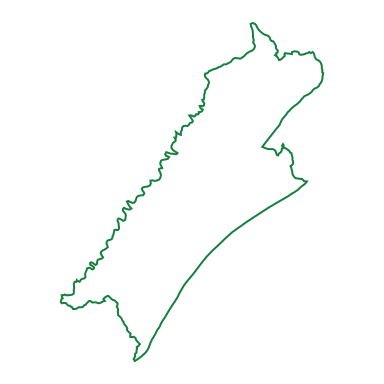 the district of Alto Paraguai, Mato Grosso, Brazil
{"feature_id": "56859067B7364247848985", "entity_name": "Alto Paraguai", "entity_type": "district", "adm_level": 2, "iso_a3": "BRA", "parent_name": "Brazil", "parent_adm1": "Mato Grosso", "projection": "albers", "projection_center": [-56.682, -14.768], "detail": "fine", "context": "isolated", "style": "outline", "palette": "green", "viewbox_px": 384, "rotation_deg": 0, "n_neighbors": 0, "source": "geoboundaries", "source_scale": "gbopen_adm2", "svg_char_len": 5928}
<svg xmlns="http://www.w3.org/2000/svg" viewBox="0 0 384 384"><path d="M283.4,147.4L281.8,148.7L281.7,150.5L280.9,152.1L280.0,152.9L278.8,153.6L278.2,155.4L277.0,155.1L276.1,152.9L275.7,151.3L274.6,150.0L272.9,149.1L271.4,149.1L269.3,149.1L267.6,148.9L265.5,148.2L262.3,146.9L264.3,144.2L276.3,128.9L278.6,126.2L279.5,125.1L280.9,121.8L282.0,119.6L283.0,118.3L285.7,115.2L287.8,112.1L289.4,110.8L290.8,109.1L292.2,107.8L294.3,106.0L297.0,104.2L298.3,102.9L300.0,101.5L301.1,99.8L302.3,98.6L304.1,96.4L305.4,95.7L307.7,94.7L309.3,93.8L311.5,92.0L312.9,90.0L314.4,88.7L315.7,88.2L317.2,87.4L318.9,86.0L319.7,84.2L320.6,83.1L321.9,80.8L322.5,78.1L322.5,76.2L323.0,74.5L323.2,73.1L322.1,72.0L322.5,70.2L321.8,68.3L321.8,66.7L321.6,64.8L320.6,62.5L319.1,60.8L318.0,60.2L316.2,59.4L314.8,57.0L314.0,53.7L312.6,52.0L310.9,53.1L309.2,52.0L308.0,53.1L306.1,53.4L304.4,54.2L301.4,54.8L299.4,54.4L298.5,52.2L297.1,51.6L295.0,51.3L293.7,51.5L292.0,52.1L291.9,54.1L290.6,53.8L286.5,53.4L285.1,53.1L284.4,54.2L284.8,56.0L283.3,57.1L281.8,58.7L280.7,59.6L279.0,60.1L278.3,58.3L276.9,56.5L275.1,55.2L276.4,54.5L276.2,53.2L277.5,52.5L277.9,50.8L276.4,49.0L275.9,47.8L275.9,45.7L274.5,43.2L273.2,41.3L271.5,41.0L270.4,39.7L269.8,37.8L269.1,36.7L268.0,35.8L264.3,34.5L262.9,33.6L261.4,32.4L258.8,30.0L257.3,27.6L256.4,25.5L255.0,24.0L252.6,23.0L250.7,23.9L250.9,25.9L252.6,30.1L253.0,34.3L253.0,37.4L253.5,38.8L253.7,40.7L253.1,42.4L254.9,45.4L254.8,47.0L254.0,48.8L252.5,50.3L250.7,51.3L249.4,51.7L246.6,53.5L244.0,56.3L242.7,57.1L241.5,58.1L239.9,58.7L238.3,58.3L234.9,58.0L233.4,58.8L232.1,60.1L230.9,61.8L226.2,64.3L224.0,64.3L222.7,65.1L220.8,66.5L218.8,67.1L217.3,68.0L215.3,68.8L213.9,69.1L212.1,69.8L210.6,70.7L209.2,70.9L208.4,72.2L206.8,73.5L205.3,73.5L204.8,74.7L205.1,76.7L206.5,78.5L207.7,79.4L208.5,80.8L209.0,82.3L208.7,83.8L208.0,84.9L207.8,86.8L206.6,88.7L204.9,90.7L204.9,92.7L204.2,94.4L204.2,96.2L204.2,98.0L203.9,99.5L202.3,99.8L202.7,101.4L203.9,102.6L204.3,103.9L204.0,105.4L202.4,106.3L201.1,105.8L199.7,105.9L200.2,107.4L201.2,108.8L202.8,109.6L202.0,111.3L200.5,112.0L198.7,112.1L198.9,113.4L198.1,114.4L196.2,114.2L194.9,116.3L193.4,116.4L192.3,115.7L190.6,115.3L189.3,115.5L190.5,117.1L192.8,120.8L192.3,122.4L189.9,123.0L188.7,125.1L187.4,126.1L185.3,125.7L183.5,126.0L182.2,127.5L181.9,130.1L180.8,132.0L180.9,134.8L179.5,134.5L177.9,133.5L176.0,132.1L176.4,133.6L176.2,137.5L174.5,137.6L175.8,140.1L175.1,141.4L173.0,142.9L171.5,145.8L171.5,147.9L172.8,149.9L174.3,151.1L175.5,151.7L177.5,153.1L176.5,154.2L174.8,154.2L173.0,153.6L171.3,153.8L169.3,153.2L166.3,152.2L165.2,154.1L166.1,155.9L167.5,156.2L169.1,157.0L167.9,158.8L166.6,159.2L163.8,159.7L162.3,159.9L160.9,160.9L160.3,162.9L160.4,164.5L161.3,165.9L162.1,168.1L160.3,168.4L159.0,169.0L159.1,170.6L160.2,172.3L160.7,173.8L160.9,175.1L160.6,176.7L160.1,178.3L159.3,179.4L157.8,180.2L156.4,180.6L154.5,180.9L152.4,180.4L150.4,180.6L150.8,183.5L150.1,185.2L148.9,186.0L147.7,186.5L144.7,186.9L143.0,187.4L141.8,188.5L142.5,190.7L143.5,191.7L144.3,193.4L143.2,195.2L139.9,195.5L138.1,196.0L136.9,197.0L136.2,198.7L135.6,200.9L134.1,202.7L132.5,202.9L130.2,202.0L128.4,201.0L126.9,201.5L128.6,204.9L130.0,206.9L131.4,208.5L129.7,209.6L127.6,209.3L125.8,208.9L124.1,207.8L122.9,208.9L122.9,210.6L124.1,212.1L125.3,213.7L125.9,215.3L125.2,219.9L123.3,220.9L120.1,218.8L118.6,218.5L117.6,219.6L117.7,221.4L118.6,223.1L118.7,225.2L119.1,228.5L117.9,230.1L115.9,229.7L114.4,230.0L113.3,235.1L112.5,236.3L112.5,237.7L111.5,239.3L107.5,240.6L106.6,242.5L106.5,244.1L107.3,245.3L107.8,247.1L106.2,248.6L102.4,250.7L101.1,251.9L100.7,253.5L101.6,255.2L103.1,257.4L102.0,258.5L100.1,259.1L98.4,259.4L97.5,260.3L97.1,262.1L97.0,263.9L95.4,265.0L92.6,262.8L91.4,262.3L90.2,262.8L90.1,264.5L93.3,266.7L94.1,267.6L93.6,268.9L92.2,269.5L90.8,268.4L89.1,267.7L87.1,268.4L86.5,270.6L85.7,272.1L85.1,274.0L85.4,275.8L85.3,277.5L84.0,278.5L82.4,278.8L80.8,279.7L79.6,281.8L77.9,281.1L76.8,280.1L76.4,281.8L74.7,281.9L73.8,283.8L74.2,288.1L73.7,290.0L73.9,291.8L73.7,293.6L72.3,294.6L69.9,295.1L66.2,295.3L64.8,294.5L63.3,295.2L61.7,295.2L61.9,297.0L62.7,298.4L61.5,299.2L60.8,302.2L62.0,303.3L64.0,302.8L66.0,303.2L67.1,304.5L68.4,305.6L70.3,305.8L71.1,307.0L72.4,307.4L72.8,308.9L74.8,309.1L77.1,308.4L78.7,307.2L81.8,307.3L83.0,306.9L84.1,305.3L85.7,304.7L86.6,303.4L87.8,302.4L88.6,301.2L90.3,300.9L92.3,302.5L96.0,302.3L98.1,303.2L100.0,303.1L101.5,302.2L103.4,301.3L104.8,301.0L103.4,299.0L104.9,297.5L106.9,296.2L108.2,295.8L109.8,297.2L111.3,298.8L112.8,300.0L114.6,300.4L115.8,301.7L117.5,303.1L117.5,305.1L116.7,306.7L117.9,308.6L118.1,310.3L117.7,311.8L118.1,313.6L118.2,315.3L119.8,316.5L121.4,318.3L122.4,320.5L123.4,321.7L123.8,323.4L124.8,324.7L126.2,326.4L127.3,328.4L126.9,329.8L127.9,331.2L130.6,333.7L130.2,335.3L130.3,337.0L132.1,337.1L134.0,336.8L135.6,338.3L136.1,339.9L137.0,341.1L139.9,344.2L138.2,346.2L136.7,347.0L137.1,348.4L136.5,350.3L136.5,352.6L135.1,353.8L135.1,356.0L134.6,357.6L133.6,358.9L134.8,361.0L138.8,358.4L142.2,355.8L144.7,353.4L146.1,351.9L148.0,349.2L149.0,346.8L150.5,342.7L152.2,339.1L153.7,336.8L154.9,334.8L157.4,329.8L159.1,327.6L159.9,326.2L160.5,324.5L162.8,320.4L165.3,316.8L167.8,312.4L172.2,305.3L174.8,301.6L177.9,296.5L178.9,294.2L183.5,286.1L185.6,283.1L192.6,274.7L195.6,270.9L200.8,263.9L206.6,256.7L212.9,250.2L219.4,244.2L225.7,238.0L232.2,232.2L247.4,221.4L267.7,208.2L275.6,203.5L288.5,196.0L290.6,194.4L294.7,192.0L297.7,189.9L301.4,186.5L303.3,185.1L304.6,184.2L305.7,183.1L306.9,181.4L304.1,181.2L302.1,179.0L300.7,178.9L298.9,178.6L296.8,178.4L295.3,178.1L293.9,176.5L292.7,174.6L292.3,173.0L292.3,171.6L291.7,169.7L291.3,167.9L290.5,166.1L291.6,165.4L292.7,164.2L293.1,163.0L293.0,161.3L292.4,159.5L292.5,157.5L291.9,155.3L291.5,153.2L290.0,152.3L289.1,150.7L286.2,148.7L285.0,148.0L283.4,147.4ZM283.4,147.4L283.7,145.2L283.0,144.1L282.0,145.7L283.4,147.4Z" fill="none" stroke="#15803d" stroke-width="2"/></svg>